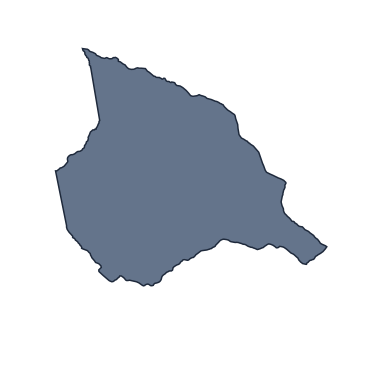 outline of Humahuaca, Jujuy, Argentina, rotated 106°
{"feature_id": "61730980B42347447507011", "entity_name": "Humahuaca", "entity_type": "district", "adm_level": 2, "iso_a3": "ARG", "parent_name": "Argentina", "parent_adm1": "Jujuy", "projection": "robinson", "projection_center": [-65.497, -23.009], "detail": "fine", "context": "isolated", "style": "filled", "palette": "slate", "viewbox_px": 384, "rotation_deg": 106, "n_neighbors": 0, "source": "geoboundaries", "source_scale": "gbopen_adm2", "svg_char_len": 5936}
<svg xmlns="http://www.w3.org/2000/svg" viewBox="0 0 384 384"><g transform="rotate(106 192 192)"><path d="M100.6,323.5L148.8,300.4L149.7,300.8L151.3,300.5L152.0,300.6L152.7,300.9L153.9,300.9L155.7,301.2L156.6,301.6L157.2,301.6L157.6,301.5L157.9,301.5L158.1,302.4L158.3,302.6L158.7,302.6L159.0,302.9L159.2,303.0L159.5,303.9L159.6,304.3L159.8,304.6L160.9,305.2L161.9,305.9L162.4,306.2L163.7,306.3L165.2,306.4L168.0,306.9L168.4,306.8L168.7,306.6L169.7,306.3L170.4,306.4L171.1,306.3L171.6,306.4L172.9,307.3L173.7,307.3L174.2,307.2L174.7,307.2L175.3,307.5L175.9,307.6L176.9,308.1L178.5,307.8L179.2,307.8L179.9,308.4L180.2,308.5L180.6,309.0L181.8,309.2L182.1,309.4L183.5,310.6L184.0,311.4L184.1,311.8L184.3,312.1L184.4,312.7L184.7,313.1L185.5,313.9L187.5,315.2L188.7,316.6L189.0,317.1L189.5,318.5L189.7,318.8L190.2,319.4L191.7,320.5L193.2,321.0L194.5,320.9L195.5,320.5L196.5,319.9L197.1,319.8L197.6,319.9L202.4,322.0L204.6,324.0L205.3,325.4L206.1,325.7L208.9,327.7L209.3,329.0L258.9,303.3L260.4,302.9L262.3,301.7L264.6,299.0L267.2,294.7L267.6,294.4L268.4,294.3L268.9,293.6L268.9,292.5L269.9,291.0L270.5,290.7L270.6,289.9L271.1,289.0L271.3,288.3L272.4,287.2L273.0,285.8L273.6,285.4L274.2,284.6L274.2,284.2L275.8,282.6L276.5,282.6L276.7,281.9L277.2,276.3L278.4,274.5L278.9,273.4L279.3,272.8L279.9,272.5L280.5,272.2L281.4,271.3L282.1,270.7L282.9,270.0L285.1,266.6L286.3,265.3L286.6,261.9L288.0,259.3L288.8,258.8L289.5,258.4L292.5,260.1L293.8,259.7L294.2,259.3L296.7,254.4L299.7,247.9L300.1,246.9L300.4,244.6L300.0,243.4L299.1,242.5L298.0,241.8L296.9,240.4L295.5,239.8L293.9,238.6L292.6,238.3L292.2,236.7L293.1,234.2L293.7,233.1L294.9,231.5L295.1,230.5L294.8,229.3L294.0,227.7L293.6,220.6L294.0,217.9L295.3,214.3L295.6,212.9L294.9,211.6L294.1,211.3L293.3,210.3L292.7,209.2L292.7,208.0L293.4,206.1L293.2,204.8L292.4,203.5L291.2,203.3L290.0,202.5L289.3,201.1L288.3,199.6L287.4,198.6L286.4,198.0L285.1,197.6L284.1,197.5L282.7,197.6L281.3,197.5L279.7,196.7L277.8,195.1L276.3,194.4L275.2,193.0L274.2,192.1L273.5,190.0L272.5,189.2L269.9,189.3L268.7,188.6L266.6,186.8L265.8,185.8L265.3,185.0L264.3,184.2L263.5,183.9L262.4,183.6L261.6,183.0L261.0,182.4L260.3,182.2L259.6,181.8L259.1,180.6L258.9,177.6L258.5,176.8L258.0,176.3L256.5,175.4L255.1,173.9L254.5,172.6L253.9,172.2L252.0,171.2L251.3,171.1L249.9,169.9L246.2,167.2L245.7,166.4L243.6,161.7L242.7,160.4L242.3,159.7L241.7,159.0L240.9,157.6L239.8,157.0L238.3,155.2L237.6,154.7L236.8,154.7L236.0,154.2L233.9,153.1L233.1,152.6L231.8,152.1L230.9,151.5L230.2,150.9L229.2,149.7L228.6,148.5L228.2,145.5L228.2,144.7L228.2,143.7L229.0,141.4L229.0,140.6L228.6,136.5L228.2,135.6L228.0,134.7L227.8,133.6L227.9,132.1L227.9,129.9L228.1,129.2L228.0,127.8L227.8,126.7L227.9,125.9L228.5,123.9L228.7,123.1L228.9,119.9L228.6,119.0L228.9,117.4L228.9,116.2L229.3,113.3L227.8,110.9L226.4,109.3L226.0,108.5L225.1,107.8L223.8,106.9L223.2,106.3L222.2,105.6L220.8,104.1L220.6,102.5L220.6,101.5L220.9,99.2L221.3,98.2L221.8,96.7L222.4,95.6L222.1,94.6L221.4,93.5L220.2,92.9L219.9,91.6L219.8,90.1L219.8,88.7L220.1,87.7L220.9,85.3L223.4,80.0L223.7,77.9L224.1,76.6L225.7,73.4L226.3,72.0L227.9,70.6L228.5,69.7L228.9,68.9L229.4,68.3L229.6,67.4L230.3,66.1L230.1,62.3L229.9,62.0L229.0,62.1L228.3,61.7L227.6,61.0L227.0,60.8L225.4,59.9L224.4,58.2L223.8,57.7L223.4,56.8L222.8,56.3L222.0,56.0L219.9,55.5L218.3,54.0L217.6,53.6L216.9,52.8L216.2,52.3L215.6,51.5L214.8,51.0L213.2,49.7L209.8,48.1L209.1,47.9L207.5,47.3L206.9,48.8L206.3,53.1L205.8,54.6L204.8,55.7L203.8,57.0L202.8,58.4L202.4,59.9L201.4,61.8L200.3,63.0L198.6,67.7L197.8,69.0L197.1,73.0L195.1,76.2L195.4,79.1L195.3,79.9L194.6,81.5L193.9,82.4L193.8,83.2L193.5,83.7L193.5,84.5L192.6,85.4L192.3,86.3L192.6,87.7L192.2,88.4L191.1,89.7L190.0,91.5L189.1,93.6L188.3,94.7L187.1,97.0L185.5,98.4L184.7,98.9L183.5,99.3L182.8,99.6L180.3,101.7L177.0,103.6L171.0,104.1L169.5,103.9L168.5,104.2L164.6,104.4L163.8,104.1L161.9,103.9L159.8,104.6L157.8,104.1L157.0,104.4L155.5,107.1L154.9,110.2L154.7,113.0L153.6,119.1L153.3,121.5L152.5,125.8L150.9,127.6L146.9,130.5L145.0,132.1L135.4,138.8L133.7,141.4L130.9,145.7L129.9,149.1L129.3,150.0L129.2,150.8L128.8,151.8L128.0,152.7L127.9,153.9L127.0,156.8L126.5,159.4L123.9,162.6L118.2,165.3L114.5,166.7L109.5,170.2L107.0,171.5L105.9,172.5L105.0,175.3L104.3,177.1L103.3,180.5L101.1,184.4L99.5,186.3L99.5,187.3L99.2,187.9L99.0,190.0L98.6,190.7L98.2,192.9L98.2,193.7L98.3,194.7L97.8,198.8L97.9,203.4L96.9,205.5L96.7,208.3L96.8,208.9L96.7,210.8L96.5,211.9L97.0,212.6L97.7,213.2L98.1,213.9L98.5,214.6L98.8,215.4L99.4,216.6L99.8,217.7L99.8,219.7L99.3,220.6L98.0,222.4L96.0,225.6L95.1,227.6L94.2,229.6L93.4,232.6L93.8,236.0L93.0,237.6L92.5,237.9L92.3,238.1L92.0,238.4L91.7,239.1L91.7,240.0L91.8,241.1L91.9,241.9L92.6,242.4L92.6,243.0L92.1,244.7L92.5,246.0L92.4,246.9L92.1,247.6L91.1,248.5L90.3,249.4L90.3,249.9L90.5,250.6L91.2,251.0L91.6,251.4L91.7,252.0L91.3,253.0L91.2,253.9L90.9,254.8L91.6,257.7L91.5,258.4L91.1,259.2L91.0,259.8L91.2,260.7L89.1,265.2L88.5,266.7L88.2,268.1L86.2,270.8L87.0,275.0L87.6,277.1L87.6,278.4L88.1,279.4L88.6,280.1L89.3,280.8L90.1,281.9L90.9,284.3L91.0,286.8L90.2,288.7L88.2,291.5L88.2,292.2L88.0,292.9L87.9,293.6L86.7,296.7L86.6,297.8L86.7,298.6L86.4,299.0L84.9,299.3L84.4,300.1L83.9,301.4L83.7,302.8L84.3,303.8L84.5,304.7L85.9,305.7L86.6,307.6L86.7,308.6L86.3,310.8L86.4,311.2L86.7,311.7L87.2,312.1L87.7,313.0L87.9,315.9L87.8,316.8L87.4,317.6L87.1,319.7L87.0,321.1L86.8,321.6L85.7,322.9L85.1,325.7L85.0,328.8L84.5,329.9L84.1,330.3L83.8,331.0L83.6,332.2L83.7,332.4L84.3,336.7L84.5,336.5L84.9,336.5L85.7,336.0L86.2,335.5L86.4,335.1L86.5,334.4L86.9,334.0L87.7,333.3L88.7,333.1L89.2,332.7L89.6,332.2L90.0,331.9L90.1,331.6L90.6,330.9L91.0,330.5L91.6,330.2L91.7,329.9L91.7,329.6L92.0,328.9L92.7,328.1L93.4,327.9L93.7,327.7L93.9,327.5L94.1,327.0L94.5,326.8L95.1,326.6L96.0,326.4L96.9,325.9L97.3,325.9L98.2,325.7L98.3,325.6L98.6,325.0L98.8,324.8L99.1,324.2L100.3,323.8L100.6,323.5Z" fill="#64748b" stroke="#1e293b" stroke-width="1.5"/></g></svg>